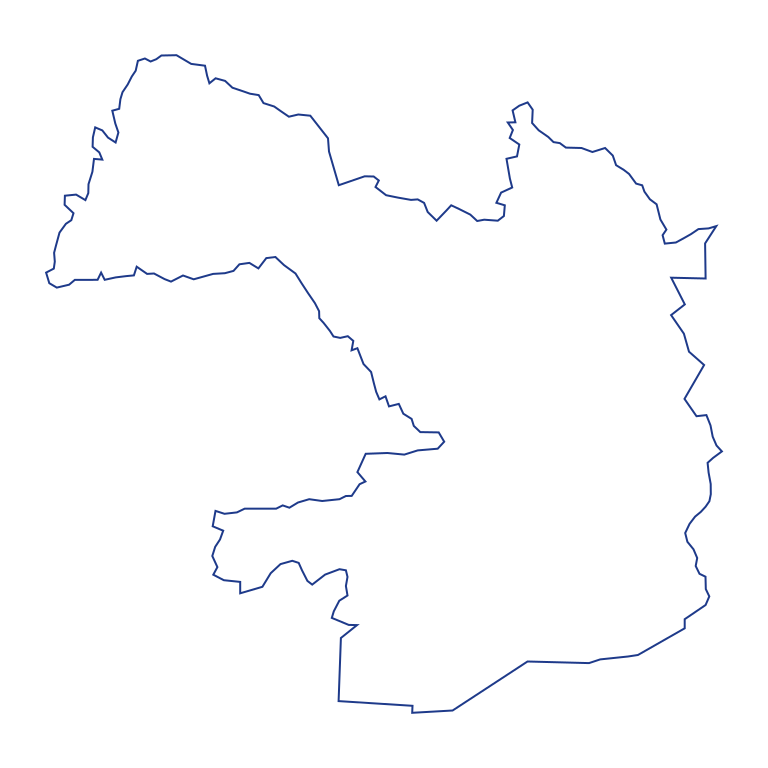 Sinimbu, Rio Grande do Sul, Brazil
{"feature_id": "56859067B40760381762709", "entity_name": "Sinimbu", "entity_type": "district", "adm_level": 2, "iso_a3": "BRA", "parent_name": "Brazil", "parent_adm1": "Rio Grande do Sul", "projection": "orthographic", "projection_center": [-52.601, -29.445], "detail": "fine", "context": "isolated", "style": "outline", "palette": "blue", "viewbox_px": 768, "rotation_deg": 0, "n_neighbors": 0, "source": "geoboundaries", "source_scale": "gbopen_adm2", "svg_char_len": 3391}
<svg xmlns="http://www.w3.org/2000/svg" viewBox="0 0 768 768"><path d="M512.6,110.4L515.4,122.3L507.8,122.5L512.9,130.0L509.7,138.0L519.3,144.5L517.0,156.4L506.5,158.8L509.9,178.6L512.2,187.5L501.1,192.6L496.4,202.8L504.8,205.3L503.9,216.0L497.8,220.7L484.2,219.7L477.2,221.0L470.3,214.6L459.1,209.0L451.2,205.3L446.5,210.4L436.6,220.7L427.7,212.0L424.1,202.9L417.7,199.4L411.0,199.9L397.9,197.6L386.1,195.2L375.5,187.0L378.8,180.5L373.7,176.5L364.7,176.3L338.8,185.2L329.0,151.5L328.0,138.3L310.3,115.7L298.3,114.5L288.9,116.7L281.3,111.5L274.2,106.5L263.5,103.1L258.7,95.1L250.0,93.7L243.4,91.4L232.4,87.7L225.1,80.9L215.6,78.3L209.4,83.3L207.1,75.7L205.0,65.7L191.2,63.9L176.5,55.2L161.4,55.5L156.3,59.2L150.6,61.5L144.9,58.5L137.9,60.8L135.7,70.7L131.8,76.5L127.7,84.5L122.5,92.2L120.4,99.2L119.2,108.8L112.3,110.7L115.3,123.5L118.4,132.5L115.6,142.5L108.0,137.6L102.3,130.4L95.2,127.4L92.9,137.4L92.6,146.8L99.3,152.4L102.3,159.6L94.0,158.9L92.4,171.8L88.5,184.2L88.3,193.1L85.4,200.1L76.1,194.6L64.9,195.7L64.6,204.8L73.5,213.2L71.3,220.2L65.9,223.8L59.5,232.6L56.0,245.5L54.1,252.8L54.8,261.6L53.8,268.6L46.1,272.6L49.3,283.2L56.8,287.6L69.1,284.7L74.8,279.9L84.5,279.9L97.6,279.8L101.1,272.6L104.7,279.8L115.7,277.4L126.3,276.1L133.9,275.4L136.7,266.7L147.1,273.9L154.0,273.5L164.6,279.1L171.0,281.6L183.0,275.5L193.7,279.3L213.1,273.9L224.9,273.2L233.5,270.9L239.4,264.3L249.4,262.9L258.4,268.4L266.3,258.1L275.4,257.0L284.0,265.1L295.5,273.5L301.5,283.1L308.1,293.2L314.9,303.1L319.1,311.2L319.3,318.2L323.6,322.9L329.9,330.9L333.5,336.5L340.2,337.9L347.8,336.2L353.3,340.9L351.6,350.3L357.4,348.2L363.5,364.0L371.1,372.0L373.9,383.3L376.2,391.9L379.4,399.4L385.5,396.3L389.0,406.4L398.8,403.9L403.3,413.7L411.6,418.9L413.8,425.9L420.3,432.1L438.7,432.4L444.2,441.7L437.7,448.7L417.7,450.4L404.3,454.6L387.4,453.0L365.7,453.8L357.4,472.1L365.4,481.5L359.6,484.2L351.7,495.9L345.9,496.0L339.5,499.2L322.2,501.0L309.2,499.2L298.0,502.5L289.4,507.7L282.7,505.4L276.1,508.7L257.5,508.7L244.6,508.7L236.9,512.4L224.5,513.8L215.5,510.9L212.7,526.3L223.2,530.7L220.0,539.5L215.2,546.8L212.3,556.0L217.4,567.1L213.3,574.7L223.8,580.2L240.2,581.9L240.2,593.3L262.4,586.8L270.7,573.2L280.5,564.1L292.3,560.8L298.7,562.9L302.0,570.3L307.4,580.9L312.2,584.6L325.1,574.6L339.5,569.2L345.9,570.3L347.5,576.9L345.9,586.0L347.5,595.5L339.3,600.7L333.8,611.3L331.8,617.9L348.7,624.9L357.0,625.1L340.9,638.0L338.6,701.1L412.5,705.8L412.2,712.8L452.6,710.5L527.5,661.5L589.0,663.1L600.2,659.4L628.0,656.5L637.9,655.0L684.7,628.3L684.7,619.2L705.6,605.0L709.3,596.4L705.8,589.1L705.5,576.7L699.5,573.8L695.7,566.0L697.2,558.0L693.5,549.3L687.4,541.8L685.2,533.0L689.6,523.8L695.1,516.6L700.8,511.9L705.6,506.7L709.4,501.2L710.8,494.2L710.7,484.0L708.6,472.6L707.6,462.8L713.1,457.9L721.9,451.4L716.5,445.5L712.7,436.7L710.5,425.4L706.4,415.1L696.5,416.2L684.5,398.9L704.1,365.0L689.0,351.7L683.9,333.7L671.1,315.1L684.8,304.4L671.2,277.7L705.6,278.5L705.1,243.4L716.3,226.1L708.6,228.4L698.4,229.1L691.0,234.1L684.5,237.8L675.9,242.5L664.8,243.6L662.6,235.2L666.4,229.6L660.4,219.5L656.6,204.3L649.9,199.3L644.4,191.6L642.2,185.3L636.1,183.6L629.1,174.0L623.8,169.9L616.1,165.2L612.8,155.6L605.1,148.0L592.4,152.0L581.5,148.0L565.9,147.6L559.8,143.1L553.5,142.1L548.3,137.0L538.7,130.3L532.1,123.0L532.7,109.7L527.6,102.4L519.3,105.7L512.6,110.4Z" fill="none" stroke="#1e3a8a" stroke-width="2"/></svg>